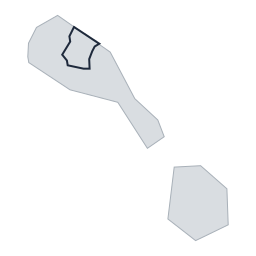 Christ Church Nichola Town highlighted on a map of Saint Kitts and Nevis
{"feature_id": "KNA-5099", "entity_name": "Christ Church Nichola Town", "entity_type": "Parish", "adm_level": 1, "iso_a3": "KNA", "parent_name": "Saint Kitts and Nevis", "parent_adm1": "", "projection": "robinson", "projection_center": [-62.761, 17.359], "detail": "fine", "context": "in_parent", "style": "outline", "palette": "slate", "viewbox_px": 256, "rotation_deg": 0, "n_neighbors": 0, "source": "natural_earth", "source_scale": "10m", "svg_char_len": 546}
<svg xmlns="http://www.w3.org/2000/svg" viewBox="0 0 256 256"><path d="M164.2,136.7L147.4,148.3L117.8,102.3L70.0,89.8L28.8,62.6L27.8,56.8L28.5,43.2L36.5,27.4L57.6,15.4L110.2,52.1L134.8,98.7L157.8,120.0L164.2,136.7ZM228.2,224.8L195.6,240.6L167.9,219.0L174.2,167.1L200.6,165.7L226.9,188.8L228.2,224.8Z" fill="#d9dde1" stroke="#a8b0b8" stroke-width="1"/><path d="M74.0,27.0L99.3,43.7L94.7,46.5L92.2,51.3L89.2,59.1L89.6,68.7L83.7,68.7L67.7,65.3L66.9,60.5L62.2,54.7L70.2,41.6L69.4,36.3L74.0,27.0Z" fill="none" stroke="#1e293b" stroke-width="2"/></svg>